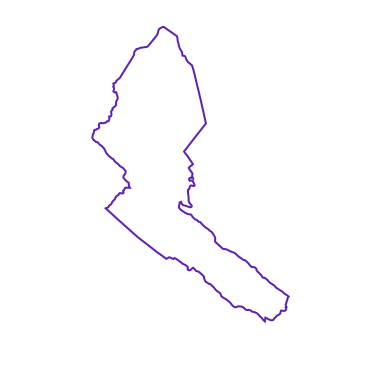 Andaraí, Bahia, Brazil (Equal Earth projection), rotated 324°
{"feature_id": "56859067B10636058932949", "entity_name": "Andaraí", "entity_type": "district", "adm_level": 2, "iso_a3": "BRA", "parent_name": "Brazil", "parent_adm1": "Bahia", "projection": "equal_earth", "projection_center": [-41.223, -12.794], "detail": "fine", "context": "isolated", "style": "outline", "palette": "violet", "viewbox_px": 384, "rotation_deg": 324, "n_neighbors": 0, "source": "geoboundaries", "source_scale": "gbopen_adm2", "svg_char_len": 5324}
<svg xmlns="http://www.w3.org/2000/svg" viewBox="0 0 384 384"><g transform="rotate(324 192 192)"><path d="M266.3,42.2L265.5,41.3L263.4,41.0L262.0,40.8L260.7,40.9L259.7,41.7L258.3,42.9L257.0,43.9L255.5,44.6L254.1,45.0L253.1,45.2L252.1,45.6L250.6,45.9L249.2,46.3L248.2,46.6L247.2,46.8L246.2,47.1L244.9,47.4L243.4,47.8L241.9,48.2L240.5,48.0L239.1,47.2L237.8,46.5L236.2,45.6L234.4,44.8L232.6,44.5L231.1,43.7L230.0,44.2L229.0,44.5L228.1,44.5L227.2,45.2L226.4,46.4L225.4,47.2L224.3,47.6L222.8,48.2L221.5,48.8L219.1,49.8L217.8,50.3L216.4,50.9L214.8,51.5L213.7,52.0L211.4,52.9L210.1,53.4L208.6,54.1L207.0,54.7L205.7,55.2L204.7,55.6L203.6,56.1L201.9,56.8L200.9,57.2L199.9,57.4L198.4,57.4L196.8,57.6L195.7,57.8L194.6,58.6L193.4,58.4L192.2,58.0L191.2,60.2L190.1,60.6L190.0,62.3L188.7,63.5L187.5,64.5L187.9,65.9L189.2,66.5L189.1,67.8L188.4,69.0L187.9,70.9L187.1,72.4L186.1,73.2L184.1,74.1L182.6,75.6L181.8,76.9L180.9,77.3L179.7,77.4L178.2,77.6L176.9,77.5L175.9,78.9L174.3,79.0L173.4,80.1L172.3,82.2L170.8,83.1L169.3,82.2L168.4,83.9L167.3,85.0L166.1,85.6L164.6,84.8L163.2,85.2L162.2,84.8L161.1,84.5L159.8,83.5L158.6,82.5L157.1,82.1L155.8,83.2L155.0,85.2L153.9,85.7L152.3,85.2L150.5,85.1L149.4,84.5L148.2,85.4L147.4,86.3L146.4,86.8L145.4,87.5L144.5,88.2L143.4,89.3L142.9,91.3L143.3,93.2L143.8,95.2L144.9,96.3L145.1,98.9L145.5,100.4L146.0,101.8L146.2,103.1L146.4,104.5L146.3,106.2L146.1,107.5L145.8,109.0L145.5,110.5L145.8,112.0L145.7,113.5L146.4,115.5L146.7,117.3L147.6,119.1L147.6,120.7L147.6,122.4L148.1,124.3L148.7,126.1L148.8,128.4L149.6,130.3L150.4,132.3L150.4,134.3L150.6,136.0L149.7,137.3L147.7,138.3L145.9,138.8L145.0,139.9L144.9,141.6L145.2,143.6L145.5,145.4L146.3,147.3L145.2,148.8L144.6,149.9L144.2,152.1L142.0,150.3L141.0,149.6L139.9,149.4L138.8,150.1L137.8,150.6L136.9,150.6L136.3,152.3L135.1,152.4L134.2,151.7L133.1,150.5L131.8,150.6L130.6,151.2L129.6,151.0L128.5,151.0L127.1,151.4L125.0,152.6L123.4,152.7L122.4,153.0L121.4,153.3L120.0,154.2L118.3,154.4L116.7,154.4L115.7,155.0L114.3,155.0L112.6,154.5L116.1,171.6L121.5,196.3L128.3,219.8L132.0,231.0L133.5,231.2L134.8,231.3L135.9,232.1L136.8,234.1L137.7,235.4L139.1,235.2L140.1,237.3L140.7,239.3L141.3,241.2L141.9,242.9L142.2,244.5L142.9,245.6L143.4,246.7L144.1,248.2L144.5,250.5L143.2,251.6L143.1,253.0L144.0,254.0L144.9,254.2L146.0,254.0L147.2,253.9L148.3,253.9L148.7,255.4L148.8,256.9L148.9,258.2L150.1,259.8L150.9,261.3L151.0,262.6L151.5,264.4L151.8,266.1L151.9,267.7L150.9,269.3L150.4,271.2L150.3,272.8L151.1,274.2L151.8,276.5L152.9,277.6L153.1,279.7L153.5,281.3L153.6,282.9L153.6,284.6L153.9,286.3L154.5,288.3L155.2,289.8L155.1,291.4L154.5,293.3L154.9,295.2L155.5,296.6L156.0,297.7L156.8,299.4L157.3,301.7L157.9,303.9L157.9,306.7L158.2,308.7L158.8,310.1L159.7,311.1L161.1,311.3L162.7,312.0L163.9,313.1L164.9,313.9L165.3,315.0L165.9,316.2L166.0,318.1L167.0,319.7L168.1,320.4L169.0,321.1L169.7,322.0L170.2,323.7L171.1,325.1L172.3,326.4L173.5,329.0L173.7,331.1L173.9,332.5L174.3,334.3L174.4,335.6L174.4,337.2L174.9,339.5L177.5,336.8L178.4,338.4L179.0,339.8L179.8,341.0L180.8,342.5L182.2,343.2L183.5,343.0L184.6,342.6L185.9,342.4L186.9,342.1L188.0,342.0L189.0,342.1L190.5,342.4L191.9,342.2L193.0,341.2L194.5,340.3L196.2,342.1L197.5,342.7L198.6,342.6L199.5,342.1L199.8,340.6L200.9,340.6L201.1,339.1L201.8,338.0L203.1,337.2L204.2,336.2L205.4,335.6L206.6,334.2L207.7,333.9L208.8,333.4L208.1,331.4L207.6,329.8L206.8,327.7L206.6,325.9L203.7,318.6L203.7,317.2L203.6,315.9L202.9,314.4L202.5,313.1L202.0,311.9L201.5,310.2L201.4,307.8L200.8,305.6L200.1,303.8L198.9,302.8L198.9,301.1L199.2,299.8L198.7,297.9L198.6,296.2L198.2,294.8L198.2,293.3L199.0,292.0L198.5,289.9L197.3,288.6L196.1,287.6L195.8,286.0L195.7,283.2L195.4,281.0L195.1,279.1L194.2,277.8L193.5,276.6L192.8,274.5L192.2,272.9L191.7,271.3L191.3,269.3L190.9,267.1L190.3,265.8L189.2,264.1L188.1,262.5L187.5,261.2L186.9,259.8L185.7,258.1L184.5,256.9L183.6,256.2L181.5,245.7L182.5,244.4L183.4,243.4L184.0,242.1L184.2,240.3L184.4,238.4L184.5,236.4L184.1,235.0L183.5,233.3L183.2,231.4L182.5,229.5L181.8,227.8L181.5,225.9L181.1,223.0L181.0,221.2L179.9,219.9L179.4,217.4L178.5,216.2L178.1,214.5L177.8,212.7L178.0,210.0L176.8,208.4L175.7,207.5L175.1,206.4L174.2,204.6L173.5,202.7L172.9,201.3L172.4,199.6L172.3,197.7L172.6,196.3L173.8,195.3L175.0,194.2L175.9,193.2L177.3,193.5L177.0,194.8L176.8,196.1L177.1,197.4L178.0,198.5L179.0,199.7L180.1,201.4L180.9,202.4L181.8,203.5L182.8,203.7L183.7,203.1L183.7,201.3L183.5,199.4L183.7,198.2L184.3,196.8L185.1,195.8L185.8,194.8L186.8,193.2L187.6,191.4L188.3,190.3L189.1,189.2L189.9,188.0L191.7,187.8L193.3,186.5L194.6,185.9L195.8,186.8L196.7,188.1L197.8,188.4L198.4,187.3L198.8,185.2L199.1,183.4L198.0,182.2L196.8,181.7L197.0,180.0L198.3,179.3L199.7,179.7L200.7,181.6L201.7,178.8L202.9,177.9L203.3,176.7L203.3,175.2L203.3,173.5L203.3,171.9L203.5,170.6L204.6,170.2L206.3,170.2L208.0,170.2L209.1,170.0L209.2,168.0L209.3,165.8L209.3,164.5L209.3,163.2L209.4,161.5L209.4,159.5L209.4,157.6L209.3,155.9L209.3,154.6L226.4,149.6L243.6,144.7L253.1,122.7L256.8,113.9L264.9,94.1L265.3,92.8L265.9,91.0L266.4,89.4L265.1,84.4L265.2,82.5L265.4,81.0L265.9,79.7L266.1,78.2L265.6,77.1L264.5,76.2L265.1,74.6L266.1,73.2L266.3,71.2L266.4,69.5L266.7,67.9L267.1,66.7L267.7,65.2L268.5,63.5L269.1,61.7L269.9,60.2L270.8,58.6L271.4,57.0L268.0,47.2L266.3,42.2Z" fill="none" stroke="#5b21b6" stroke-width="2"/></g></svg>